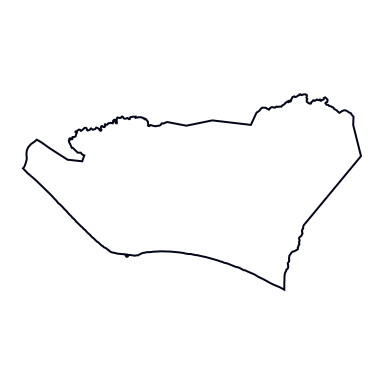 Rangárþing eystra, Suðurland, Iceland (orthographic projection)
{"feature_id": "244011B21062297179388", "entity_name": "Rangárþing eystra", "entity_type": "district", "adm_level": 2, "iso_a3": "ISL", "parent_name": "Iceland", "parent_adm1": "Suðurland", "projection": "orthographic", "projection_center": [-19.715, 63.654], "detail": "fine", "context": "isolated", "style": "outline", "palette": "ink", "viewbox_px": 384, "rotation_deg": 0, "n_neighbors": 0, "source": "geoboundaries", "source_scale": "gbopen_adm2", "svg_char_len": 5961}
<svg xmlns="http://www.w3.org/2000/svg" viewBox="0 0 384 384"><path d="M303.7,225.3L361.0,156.1L353.2,125.0L353.5,116.8L353.3,116.5L351.7,114.6L350.9,113.3L349.4,112.6L346.6,110.8L345.2,110.3L344.0,110.3L341.8,111.2L339.8,112.7L339.3,112.8L338.0,111.7L336.8,110.5L335.3,109.5L334.4,109.2L334.1,108.8L333.5,107.7L333.2,107.4L332.2,107.3L331.5,106.6L331.1,106.4L329.1,105.9L328.5,105.2L327.9,104.8L326.5,104.8L325.5,103.4L325.4,103.1L326.0,102.4L327.2,102.0L327.4,101.5L327.5,100.9L327.4,100.5L327.6,100.0L327.6,99.8L326.0,98.0L325.6,97.8L325.2,97.4L324.4,97.7L323.8,98.1L323.8,99.1L323.4,99.7L321.6,100.1L321.0,100.8L320.4,100.7L320.1,99.8L319.9,99.5L319.1,100.0L318.1,100.1L316.9,99.5L316.4,100.0L315.1,100.3L314.8,100.8L314.2,100.7L313.3,100.3L312.4,101.5L311.4,102.0L310.9,103.5L310.6,103.7L308.5,103.2L308.0,102.6L306.8,101.7L306.8,100.4L306.7,100.0L307.1,99.6L307.3,99.0L307.2,98.6L306.6,98.0L306.4,97.6L306.4,97.4L306.8,96.5L306.9,95.9L306.8,95.1L306.6,94.8L306.0,94.8L305.8,94.5L305.2,94.3L303.9,94.3L301.8,95.1L301.1,95.0L300.6,94.3L300.1,94.4L299.3,94.6L299.2,95.1L298.0,95.6L297.1,96.4L296.3,96.6L295.8,97.0L294.9,97.0L294.3,96.4L292.6,97.0L292.4,97.3L291.9,98.6L290.6,100.1L290.6,100.6L291.0,100.8L290.9,101.2L290.7,101.4L289.9,101.6L289.1,101.0L288.8,100.9L288.6,101.1L288.8,102.0L288.7,102.1L288.2,102.2L287.7,102.1L287.4,101.5L287.1,101.6L285.9,102.7L285.2,103.1L284.8,103.8L283.9,104.6L283.3,104.8L281.9,105.9L281.4,106.6L281.0,106.5L280.4,106.7L279.7,106.6L278.8,106.8L277.8,106.7L277.4,106.9L276.6,106.6L276.0,106.8L275.7,107.2L274.9,107.7L274.2,107.4L273.7,107.5L272.0,107.1L271.0,107.4L270.4,108.1L269.7,108.4L269.6,108.5L269.7,108.8L269.4,109.3L268.9,109.7L268.6,109.5L268.6,109.1L267.3,108.9L266.2,108.0L265.7,107.8L262.9,107.6L261.9,107.9L260.9,108.7L259.5,110.6L258.8,111.2L257.0,112.3L256.3,113.1L250.9,124.9L212.3,120.4L186.3,125.7L167.1,122.0L163.5,123.5L161.8,123.4L161.6,123.8L161.2,124.0L160.7,124.9L159.5,125.7L158.1,125.7L155.7,126.3L155.2,126.1L153.8,126.0L150.4,125.0L149.5,126.0L149.0,126.2L148.2,125.8L148.0,125.5L148.2,124.2L148.0,123.3L147.9,121.6L146.7,120.3L146.2,119.3L145.5,119.2L145.1,118.7L144.0,118.3L143.7,118.3L143.7,118.5L143.0,117.9L142.3,117.9L141.8,117.4L140.4,117.2L138.1,117.3L137.2,117.6L136.6,117.5L135.7,117.8L135.6,116.6L134.4,116.9L133.4,116.6L132.2,116.8L131.6,117.1L130.4,117.2L129.8,118.3L129.8,119.0L129.1,119.2L128.5,118.9L127.9,118.1L127.6,118.0L125.6,118.7L124.5,118.7L123.9,118.4L123.5,118.0L123.0,117.0L122.2,116.5L121.8,116.6L120.7,117.9L119.6,118.0L117.8,117.5L117.3,117.6L117.1,117.9L117.0,118.8L116.5,119.5L116.5,119.8L116.8,121.7L116.8,122.5L117.0,122.9L116.7,123.3L116.0,123.2L115.1,121.8L115.0,121.3L115.6,120.6L115.6,120.4L115.5,120.2L115.3,119.8L114.4,119.8L113.8,120.0L113.1,120.9L113.0,121.3L113.0,122.9L112.8,123.3L112.5,123.3L110.9,122.8L110.1,123.2L108.7,123.1L108.3,123.3L107.4,124.5L107.1,124.7L106.1,124.7L105.4,124.3L104.9,124.3L104.8,124.5L104.8,124.9L105.2,125.3L105.3,125.8L105.2,126.3L104.4,127.1L103.3,127.0L102.2,126.0L101.4,126.2L101.2,126.5L100.7,128.4L100.9,129.2L101.4,129.5L101.4,129.8L101.2,130.4L100.8,130.8L99.8,130.3L99.5,130.0L99.2,129.1L98.9,128.9L97.6,128.0L96.5,127.6L96.2,127.6L95.4,128.8L94.9,129.2L92.7,129.7L91.1,128.4L90.7,128.6L89.9,129.7L88.9,130.2L87.6,130.5L87.0,130.0L86.7,128.8L86.5,128.2L85.8,127.8L85.1,127.8L84.3,128.1L83.9,128.4L83.2,129.3L81.0,130.9L80.5,130.6L80.0,129.8L79.0,129.6L78.1,130.1L77.2,130.9L75.6,131.5L75.4,132.0L75.6,132.2L76.4,132.2L76.9,132.5L76.8,132.8L76.2,134.3L75.6,136.3L75.0,136.8L74.7,136.9L72.5,137.1L72.3,137.3L72.3,137.6L72.5,138.8L72.1,139.2L71.2,139.2L70.2,138.3L69.7,138.4L69.3,138.8L69.2,139.4L69.6,140.1L68.8,140.9L69.4,142.8L70.0,143.7L71.8,147.9L72.8,147.9L77.8,152.7L80.8,152.7L81.5,153.7L82.5,154.6L83.1,155.0L84.3,155.4L82.2,161.3L67.5,159.7L49.9,148.4L41.3,142.3L36.8,139.7L34.7,141.5L31.0,144.1L29.4,145.8L28.1,147.5L27.6,148.4L26.8,150.8L26.5,153.3L26.5,155.1L26.8,158.4L26.6,159.8L26.3,161.1L25.3,164.4L24.7,165.9L24.1,167.0L23.0,168.4L27.8,173.4L29.1,174.4L31.8,176.8L32.4,177.2L35.5,179.9L50.3,194.3L53.0,197.1L54.1,198.4L56.3,200.6L58.3,203.2L59.9,204.3L62.3,206.7L64.2,208.9L65.7,210.3L68.1,213.0L69.0,214.1L71.7,216.7L72.0,217.3L74.9,219.9L76.3,221.7L80.8,226.1L82.2,227.2L83.8,229.1L84.3,229.3L85.6,230.5L86.9,232.1L88.6,233.7L89.7,234.5L92.1,237.2L93.4,238.1L96.8,241.5L98.2,242.3L99.4,243.4L101.3,245.3L103.2,246.4L103.9,247.3L105.5,247.9L107.5,249.5L108.1,249.7L110.0,251.5L112.0,252.4L115.1,253.0L117.1,253.6L125.4,254.4L125.6,254.6L125.7,255.7L126.4,256.6L126.5,256.5L125.9,255.6L125.8,255.3L125.8,254.7L126.0,254.8L127.0,254.5L128.2,254.9L128.2,255.4L128.0,255.7L127.4,256.5L127.6,256.6L128.0,256.1L128.2,255.8L128.4,255.1L128.6,254.9L129.9,255.0L135.0,255.7L136.4,255.3L138.1,255.3L138.6,254.9L142.3,253.1L147.6,252.1L149.5,252.2L153.4,251.7L161.6,251.3L170.7,251.6L179.1,252.4L183.5,253.0L185.7,253.6L187.2,253.7L188.0,254.0L190.5,254.0L195.6,255.1L197.8,255.2L198.4,255.5L206.3,257.2L217.0,260.2L220.9,261.6L221.9,261.7L224.0,262.7L227.1,263.4L235.6,266.8L238.9,267.6L243.6,270.1L245.6,270.5L248.4,271.9L254.2,274.3L258.4,276.9L264.0,279.5L264.3,279.8L266.3,280.8L269.6,282.7L273.4,284.6L279.7,287.2L284.3,289.7L284.3,283.2L284.4,281.0L284.5,276.4L284.7,274.7L285.0,273.0L286.3,270.6L286.3,269.7L287.5,268.9L288.0,267.9L288.1,267.2L288.3,266.3L288.0,265.7L288.1,264.8L287.9,264.3L287.8,263.3L287.9,262.9L288.8,261.9L289.1,261.3L289.0,260.7L289.3,259.9L289.3,259.7L289.0,258.9L289.0,258.6L289.0,257.9L289.3,256.8L289.3,255.8L291.6,252.5L292.8,251.6L294.1,251.3L296.7,250.0L297.9,249.1L297.7,247.9L298.0,247.5L298.2,246.8L298.4,246.6L298.4,246.0L298.7,245.0L299.2,244.6L299.4,244.2L299.2,243.7L299.2,242.5L299.0,242.1L299.2,241.5L299.5,241.0L299.6,240.3L299.0,238.3L299.5,237.2L301.4,235.8L302.0,234.3L302.2,234.1L302.5,233.5L302.2,232.8L302.3,232.1L302.0,231.6L302.1,230.2L302.3,229.6L302.4,229.4L303.1,228.7L303.2,226.8L303.7,225.3Z" fill="none" stroke="#020617" stroke-width="2"/></svg>